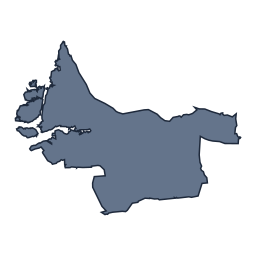 Flekkefjord nor, Vest-Agder, Norway (Albers equal-area conic projection), rotated 90°
{"feature_id": "86288312B20196044889227", "entity_name": "Flekkefjord nor", "entity_type": "district", "adm_level": 2, "iso_a3": "NOR", "parent_name": "Norway", "parent_adm1": "Vest-Agder", "projection": "albers", "projection_center": [6.638, 58.382], "detail": "fine", "context": "isolated", "style": "filled", "palette": "slate", "viewbox_px": 256, "rotation_deg": 90, "n_neighbors": 0, "source": "geoboundaries", "source_scale": "gbopen_adm2", "svg_char_len": 5943}
<svg xmlns="http://www.w3.org/2000/svg" viewBox="0 0 256 256"><g transform="rotate(90 128 128)"><path d="M182.9,48.6L177.7,49.2L174.9,51.6L171.7,52.6L170.3,54.6L168.4,55.4L166.1,54.4L162.4,56.0L154.9,56.8L136.3,55.7L138.8,51.0L140.2,47.1L141.0,43.3L141.6,36.3L143.5,31.1L143.6,17.8L139.0,17.5L138.4,16.0L137.4,15.4L136.9,16.2L137.3,17.3L136.4,18.3L133.6,19.4L133.7,21.2L127.4,20.5L125.6,19.2L118.8,20.3L113.8,19.8L116.9,23.7L115.0,28.6L115.4,31.9L114.1,33.3L112.9,33.3L113.2,35.0L114.7,36.0L113.9,36.8L111.6,44.5L109.0,51.2L108.9,56.8L107.3,61.4L109.9,59.1L113.5,63.5L114.8,67.2L114.4,69.3L114.8,72.5L117.2,74.8L116.1,75.9L115.9,76.9L116.4,77.7L117.4,82.9L121.3,86.4L120.7,91.1L117.7,95.4L114.2,98.8L109.6,107.6L109.9,112.0L113.9,133.2L112.4,138.0L111.4,139.9L108.3,142.9L103.5,151.0L98.5,161.3L93.1,166.1L84.5,169.7L72.7,177.1L64.5,180.1L60.2,183.6L55.8,185.0L56.1,185.4L55.9,186.2L54.8,186.3L54.1,187.5L49.0,188.5L46.6,190.0L46.0,189.6L45.6,191.1L42.0,191.5L41.4,192.7L42.1,193.3L43.0,192.5L42.6,193.4L45.3,195.4L48.4,195.4L51.0,197.3L57.1,197.1L56.2,197.7L59.2,198.1L59.3,197.6L58.2,197.0L59.1,196.3L59.8,198.0L59.5,198.3L60.5,198.5L61.1,199.2L60.4,199.9L61.7,200.9L63.9,199.8L65.2,200.9L65.8,200.4L65.5,198.2L66.8,198.1L66.6,196.2L70.1,195.7L70.8,197.3L70.1,197.8L70.7,197.8L68.7,198.0L69.0,198.6L68.1,198.5L68.2,199.3L69.1,201.1L70.5,201.3L70.5,202.3L71.7,204.5L77.1,205.1L77.1,205.9L77.9,206.3L80.2,204.9L81.6,205.7L82.3,204.8L82.2,203.9L83.6,203.8L84.7,205.0L85.3,201.9L85.7,202.7L85.4,203.0L86.8,203.9L86.2,204.3L86.2,205.6L85.9,205.9L88.0,206.5L88.4,207.4L87.7,208.6L88.1,209.2L89.8,209.5L88.8,208.9L89.7,208.0L94.1,209.1L95.7,210.3L103.1,211.1L105.7,212.9L115.7,214.1L118.8,214.0L121.0,213.0L121.9,214.7L123.0,214.7L123.0,215.6L123.8,215.6L125.1,217.1L125.1,218.0L126.0,217.2L126.6,218.1L126.6,216.9L127.2,216.5L126.8,214.3L127.2,214.3L127.7,215.8L128.2,215.3L127.8,215.0L129.3,215.2L131.6,213.8L132.0,214.7L132.5,213.9L131.3,210.7L131.2,209.3L129.7,206.7L129.9,205.8L129.3,204.1L126.2,200.2L126.7,199.4L125.5,196.3L125.6,195.2L126.5,195.3L126.6,189.7L127.1,189.4L127.3,187.0L129.2,187.2L126.7,184.5L127.5,183.8L126.0,181.2L128.5,180.1L129.1,181.4L130.3,181.6L131.3,179.8L131.2,178.9L130.5,178.5L130.4,176.7L129.8,176.1L129.7,168.7L129.0,166.3L130.5,165.2L131.5,165.6L132.2,166.8L131.7,167.2L132.6,167.9L131.6,168.6L131.5,169.5L132.5,170.9L131.3,172.3L133.3,173.3L133.0,174.1L133.9,174.5L134.7,176.3L134.1,176.7L132.0,174.8L130.7,175.7L131.9,177.5L131.3,178.6L131.6,179.8L130.7,181.7L131.0,182.0L129.7,185.4L131.1,185.6L132.0,187.4L133.1,187.4L134.2,189.1L133.4,191.8L131.0,194.1L131.2,194.9L130.0,196.9L129.8,197.6L130.5,200.1L131.0,201.0L133.7,201.0L133.2,201.3L133.4,203.5L135.3,203.9L135.8,203.5L135.8,200.5L138.9,200.3L137.4,203.3L137.5,204.1L138.9,204.8L139.0,206.7L140.2,208.2L141.5,207.7L142.0,205.7L143.0,205.2L143.1,204.4L144.0,204.4L140.7,209.6L141.2,212.8L143.2,216.0L142.9,216.4L143.2,217.4L145.4,220.6L145.3,222.0L146.1,224.6L148.8,226.3L150.0,225.5L150.6,224.6L149.0,221.0L148.0,216.8L147.0,215.0L150.4,212.1L152.2,213.5L153.1,213.2L160.7,208.3L162.7,204.6L164.2,203.6L163.3,199.7L162.1,198.7L161.3,196.3L159.7,194.8L160.3,193.4L159.6,191.5L164.8,191.3L164.7,190.3L166.3,191.1L167.7,190.7L167.6,185.9L166.9,184.5L167.4,179.1L167.9,179.2L167.2,178.3L167.5,173.1L167.2,164.5L166.2,164.5L165.4,158.1L165.8,155.9L169.7,151.8L175.8,150.8L176.6,161.7L183.1,163.4L187.3,163.3L206.4,154.0L210.9,149.8L212.3,154.6L214.6,151.0L214.1,149.9L214.3,148.4L213.1,147.3L212.2,143.3L211.3,133.6L211.6,130.4L210.3,128.7L203.2,123.7L202.3,118.1L201.2,117.6L198.2,111.0L198.5,106.4L198.1,106.3L199.0,101.5L198.8,98.0L199.8,96.7L198.2,81.2L197.6,81.4L198.2,80.0L197.5,79.5L198.1,78.4L196.8,67.1L197.3,64.5L196.0,57.9L183.4,54.0L182.9,48.6ZM99.4,213.1L98.6,213.9L98.4,215.0L98.7,215.1L98.0,216.1L97.7,217.5L98.7,217.8L98.9,218.6L98.4,219.2L99.6,220.1L100.3,222.1L102.0,222.4L100.7,222.7L100.7,223.6L101.5,224.5L101.7,226.6L102.5,227.0L102.6,228.6L104.0,229.6L105.0,227.9L105.6,228.9L105.4,230.2L104.8,230.5L104.6,232.1L105.1,233.1L105.5,232.5L105.9,235.7L110.3,237.6L110.8,238.1L110.3,238.4L110.5,238.7L114.1,239.3L116.7,237.7L116.6,237.2L117.2,237.2L117.0,236.2L117.6,236.0L117.6,236.9L118.0,237.0L115.9,238.4L116.1,239.0L117.6,238.9L117.8,239.1L117.4,239.4L118.3,240.6L120.7,240.4L121.2,235.9L119.0,236.6L121.0,235.3L120.7,234.1L121.3,234.0L121.4,230.7L122.3,231.2L122.0,229.0L122.7,228.5L122.7,227.3L122.1,226.9L122.2,226.2L121.4,224.9L121.4,224.0L119.3,221.5L118.9,220.1L117.8,219.7L117.2,218.2L115.0,217.1L114.9,215.6L111.3,215.9L109.1,214.6L99.4,213.1ZM92.0,212.5L88.4,210.9L88.1,211.1L88.5,211.9L88.0,212.0L85.9,211.7L86.9,212.6L86.5,213.4L86.8,214.5L87.6,214.6L87.2,215.1L89.0,214.8L86.4,216.6L87.0,217.6L88.3,218.7L89.2,217.3L90.0,218.0L89.8,218.7L91.4,218.8L90.8,219.3L89.6,219.2L89.3,219.4L89.7,219.6L89.3,219.7L89.7,221.0L89.3,222.1L90.0,221.3L89.6,222.5L90.0,224.9L90.4,225.8L91.3,225.0L91.5,225.5L90.9,225.9L91.6,226.4L89.2,228.8L91.8,228.1L92.2,230.6L94.6,232.2L99.9,230.6L99.5,230.0L100.6,228.9L100.8,226.0L99.1,223.0L98.3,223.8L97.8,221.3L98.5,221.2L98.2,219.4L96.5,219.0L97.1,218.4L97.6,216.7L97.8,216.4L97.9,216.1L98.2,215.7L98.4,213.9L97.3,213.4L97.4,214.2L97.0,213.1L92.0,212.5ZM133.5,218.0L129.6,220.3L127.8,223.5L128.3,224.1L127.8,225.0L128.5,225.6L128.2,226.2L128.5,227.3L127.9,229.0L128.1,230.4L128.8,230.7L128.3,231.5L128.9,232.3L127.2,234.5L126.9,236.2L127.4,236.3L127.1,237.2L127.4,237.6L128.2,237.5L128.9,239.4L130.6,238.8L131.1,237.1L134.7,233.9L135.9,232.0L136.2,229.9L137.7,228.7L137.6,227.2L136.3,223.3L136.6,222.4L135.6,220.4L136.4,219.5L135.4,219.3L135.7,219.8L135.5,220.1L135.6,220.8L134.8,218.6L134.3,219.1L133.5,218.0ZM82.6,219.6L80.4,219.6L80.2,220.7L81.6,222.1L80.5,221.9L80.5,223.1L81.8,223.5L82.5,226.3L83.2,226.1L83.8,224.5L84.1,224.7L83.8,224.7L84.1,226.7L86.6,225.4L86.4,221.4L87.2,219.6L84.6,219.9L84.9,220.6L83.2,220.5L82.6,219.6Z" fill="#64748b" stroke="#1e293b" stroke-width="1.5"/></g></svg>